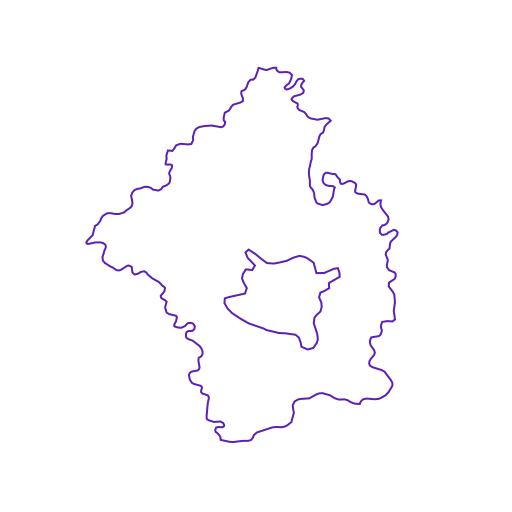 the district of Minsk, Minsk, Belarus, rotated 16°
{"feature_id": "67162791B84471344127718", "entity_name": "Minsk", "entity_type": "district", "adm_level": 2, "iso_a3": "BLR", "parent_name": "Belarus", "parent_adm1": "Minsk", "projection": "mercator", "projection_center": [27.512, 53.937], "detail": "fine", "context": "isolated", "style": "outline", "palette": "violet", "viewbox_px": 512, "rotation_deg": 16, "n_neighbors": 0, "source": "geoboundaries", "source_scale": "gbopen_adm2", "svg_char_len": 6094}
<svg xmlns="http://www.w3.org/2000/svg" viewBox="0 0 512 512"><g transform="rotate(16 256 256)"><path d="M252.6,423.3L253.5,426.1L255.4,426.9L261.3,427.1L267.5,424.9L270.5,425.6L272.1,427.4L272.1,428.6L270.8,429.9L266.5,430.9L264.9,432.1L264.7,434.5L265.6,436.1L268.3,437.2L270.4,438.6L271.7,439.9L272.7,442.5L281.9,441.9L285.4,441.1L293.8,437.5L299.4,435.9L301.9,434.3L303.1,431.5L303.3,428.7L305.6,425.3L319.2,416.1L323.8,414.4L327.3,413.7L330.3,412.3L332.6,410.3L335.8,405.9L335.6,396.2L333.3,391.6L332.4,389.1L333.3,385.1L336.1,382.2L339.3,380.7L346.4,378.2L351.9,372.7L354.3,370.8L357.7,369.5L365.4,369.5L370.9,371.0L375.1,371.2L380.6,369.4L383.4,369.3L387.4,370.4L390.1,370.6L392.5,370.6L396.6,369.6L396.5,368.5L397.2,366.2L398.5,364.2L401.8,362.5L409.5,361.0L413.4,359.5L416.2,357.0L419.1,354.0L421.0,350.1L422.5,344.8L422.8,342.7L422.0,340.3L419.7,338.0L411.5,331.8L408.3,331.0L398.8,330.8L395.8,330.0L394.4,328.2L394.1,325.7L394.6,323.6L396.8,318.6L396.9,316.1L395.6,314.1L390.8,310.2L389.5,308.0L388.8,304.8L389.3,302.4L396.1,299.2L397.4,297.3L397.7,294.7L397.4,292.6L395.9,290.4L395.3,288.4L395.5,284.6L400.1,282.4L405.2,281.3L407.1,278.7L403.5,270.6L402.3,262.1L399.5,254.8L397.0,252.4L392.0,248.7L391.2,244.9L395.5,239.9L395.9,237.3L395.3,235.0L393.8,233.6L387.8,232.9L384.9,230.6L384.3,228.7L384.1,225.6L383.7,223.3L380.2,218.7L380.0,216.6L381.0,214.1L382.3,212.1L381.4,206.7L381.9,204.5L385.3,198.8L385.9,196.6L385.6,194.2L383.4,192.9L381.4,192.8L376.7,197.0L375.7,198.8L372.5,200.6L371.1,200.9L368.7,199.4L367.8,196.7L367.8,194.5L369.1,191.7L370.8,191.0L372.5,189.1L373.2,187.1L373.4,184.6L372.1,181.7L365.5,177.0L362.9,174.7L361.4,172.3L360.8,168.8L360.9,168.1L359.6,168.3L358.5,169.0L355.7,173.1L354.1,174.2L351.4,174.2L349.6,173.3L347.8,170.3L345.5,167.8L343.5,166.9L337.0,168.0L334.9,167.7L333.7,167.1L333.2,165.8L333.1,163.0L332.6,159.8L331.4,158.6L327.4,157.8L325.8,157.9L323.4,159.2L320.9,161.7L319.2,162.9L317.7,163.2L316.4,161.8L315.7,159.6L311.8,157.2L310.4,155.8L309.2,155.5L306.9,156.1L302.7,156.2L300.2,156.7L298.8,158.7L298.7,160.6L299.1,164.9L300.7,167.1L303.2,168.5L306.3,168.6L310.8,167.6L312.9,168.5L312.6,170.3L313.4,176.3L313.4,178.9L312.6,182.1L312.0,184.1L310.1,186.3L306.0,188.7L301.4,188.6L299.5,188.1L296.2,183.8L294.5,179.5L293.2,177.7L291.9,176.4L289.7,175.1L288.5,173.7L287.0,168.6L284.8,164.0L283.7,160.7L283.1,157.6L283.1,154.6L282.7,150.6L282.8,147.3L281.4,142.6L280.7,138.5L281.3,135.9L282.8,134.4L284.1,130.9L284.0,122.9L284.6,120.8L286.4,119.0L286.6,115.8L286.3,113.2L287.5,110.1L290.5,105.4L288.0,103.8L285.0,104.2L277.5,108.1L270.4,108.7L267.9,108.0L266.5,107.2L264.9,105.7L262.5,104.3L257.3,103.7L255.4,102.5L254.6,101.2L254.6,99.3L254.0,98.0L249.9,97.2L248.5,96.8L247.1,95.7L247.0,94.6L248.4,92.1L254.3,88.5L256.5,86.1L256.3,83.6L252.7,80.9L252.3,79.1L252.9,76.7L254.0,74.4L252.4,73.0L250.7,73.0L247.9,74.3L246.7,77.2L246.1,80.3L244.7,83.1L242.5,85.6L239.7,87.5L238.0,87.3L237.0,85.9L238.4,83.1L240.2,81.1L240.9,76.9L240.9,73.6L240.6,72.1L237.8,70.5L234.7,70.7L227.9,73.0L225.4,72.1L224.2,71.1L223.6,69.5L221.1,70.2L218.5,71.7L215.5,74.0L213.9,74.5L206.8,74.4L206.6,74.5L206.6,78.3L206.2,84.6L204.7,87.3L202.2,88.0L200.7,91.2L200.4,96.1L199.8,98.5L198.6,100.1L196.7,101.3L196.8,103.4L198.1,105.7L200.0,108.0L200.7,110.8L198.8,112.7L192.4,116.8L191.1,119.3L190.6,121.7L189.7,123.9L186.5,126.8L186.8,132.1L187.7,134.6L189.4,135.5L189.7,138.2L188.7,140.6L187.0,141.8L177.5,142.8L170.8,145.2L165.9,147.7L163.5,150.1L162.5,152.7L162.5,159.1L163.7,161.7L163.0,166.1L159.8,167.5L152.3,169.0L148.7,171.7L148.0,174.6L146.7,178.0L142.3,178.8L142.1,184.0L143.3,187.2L143.5,191.6L143.9,192.8L146.4,192.5L147.5,191.8L148.4,191.6L150.3,191.9L150.8,194.4L149.7,198.9L149.8,200.8L151.4,202.8L152.2,204.5L152.6,208.2L152.6,209.9L150.4,212.9L147.2,215.2L146.6,217.7L144.2,220.0L138.8,220.6L136.2,219.5L133.1,219.4L129.8,220.2L126.2,222.9L123.4,224.2L121.0,226.2L119.6,229.2L119.4,232.6L121.9,237.4L122.8,239.9L122.7,242.7L121.3,245.0L119.1,247.5L116.9,250.7L112.7,253.4L108.8,254.5L104.7,254.8L101.1,256.0L97.8,259.6L96.7,262.8L96.7,264.9L95.0,269.4L93.0,271.4L93.2,281.1L89.9,287.1L89.4,288.4L89.2,290.0L90.5,290.9L92.0,290.4L98.1,287.1L102.9,285.8L105.3,285.7L107.9,286.5L108.7,287.5L109.3,289.3L108.7,293.3L108.9,295.0L108.7,299.3L110.1,302.6L112.7,304.4L119.0,306.2L121.3,306.5L125.7,308.0L128.2,307.7L130.0,306.5L134.9,300.9L136.4,300.2L139.5,300.7L141.8,306.0L144.4,307.3L147.3,305.7L149.6,303.1L152.6,301.5L155.1,302.1L157.0,303.6L162.2,306.0L169.9,307.8L174.3,310.4L176.4,311.1L177.3,311.8L177.7,314.4L177.2,316.7L175.9,319.2L175.4,320.6L176.2,322.2L177.3,322.8L180.8,323.6L182.7,324.6L182.8,330.5L185.2,334.4L186.2,335.2L188.6,335.8L195.5,335.5L196.8,336.5L197.1,341.1L196.4,343.8L196.6,345.7L197.6,346.2L200.0,346.3L203.8,345.7L207.2,342.8L208.4,340.2L209.6,339.0L211.9,338.2L214.3,338.4L216.6,340.5L216.9,343.1L215.4,345.6L211.5,346.9L210.4,348.1L210.1,349.4L210.7,352.5L212.1,354.1L215.3,354.7L218.3,354.8L226.7,358.1L229.1,360.1L230.8,362.2L231.6,364.7L231.3,366.8L230.5,368.3L229.1,369.5L229.1,370.8L229.5,372.5L232.5,378.8L232.4,380.7L231.3,382.2L225.9,384.9L224.5,386.8L224.3,388.7L226.5,393.2L229.7,395.8L231.9,396.1L238.7,396.0L240.2,397.0L240.5,398.5L240.3,400.3L240.7,401.9L242.3,403.0L248.1,403.2L249.4,404.5L250.0,406.6L250.1,409.5L250.5,412.4L252.6,423.3ZM338.1,245.1L340.7,248.9L342.2,252.9L333.5,261.9L335.2,266.8L330.3,271.7L328.0,273.4L328.0,278.3L331.8,283.0L333.2,287.0L333.2,291.6L330.6,295.9L329.2,299.1L330.0,304.6L336.4,314.1L338.4,319.1L338.4,322.8L336.4,328.6L331.5,331.6L324.7,330.7L322.9,327.1L319.7,322.6L315.7,320.8L305.8,322.2L299.1,323.7L286.4,324.3L283.3,323.6L267.8,322.8L258.7,320.6L248.7,317.5L243.0,314.2L238.6,309.9L237.7,305.3L241.4,302.9L255.8,295.1L256.0,289.4L251.3,284.8L248.7,281.4L248.4,276.8L250.0,271.6L256.3,270.5L257.6,265.4L248.4,260.0L244.9,255.4L247.1,251.9L255.0,254.3L262.1,257.4L268.5,259.8L275.4,258.3L280.5,255.7L286.8,252.2L292.0,247.6L297.7,243.9L302.5,243.5L306.4,244.1L313.3,246.6L318.8,255.8L326.3,253.5L334.4,246.8L338.1,245.1Z" fill="none" stroke="#5b21b6" stroke-width="2"/></g></svg>